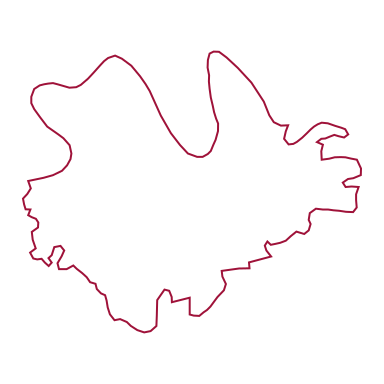 the district of Doutor Maurício Cardoso, Rio Grande do Sul, Brazil
{"feature_id": "56859067B86093452456643", "entity_name": "Doutor Maurício Cardoso", "entity_type": "district", "adm_level": 2, "iso_a3": "BRA", "parent_name": "Brazil", "parent_adm1": "Rio Grande do Sul", "projection": "natural_earth1", "projection_center": [-54.357, -27.488], "detail": "fine", "context": "isolated", "style": "outline", "palette": "rose", "viewbox_px": 384, "rotation_deg": 0, "n_neighbors": 0, "source": "geoboundaries", "source_scale": "gbopen_adm2", "svg_char_len": 2491}
<svg xmlns="http://www.w3.org/2000/svg" viewBox="0 0 384 384"><path d="M288.1,125.3L280.9,125.6L273.8,122.2L269.3,115.3L263.8,101.6L251.4,82.6L237.7,67.8L226.6,57.5L219.0,51.8L213.6,51.6L209.6,53.6L207.9,60.0L207.6,67.6L209.1,75.3L208.9,81.5L209.6,88.7L210.8,97.5L212.7,105.5L214.1,112.2L216.1,118.6L218.1,123.5L218.0,131.1L215.6,139.8L213.4,144.7L210.8,151.0L207.8,154.0L202.6,156.9L197.2,156.9L187.9,153.5L180.0,145.0L170.9,133.2L160.8,115.6L149.7,91.0L145.5,84.0L140.1,76.3L131.3,65.7L121.9,58.7L115.1,55.6L108.1,58.0L104.0,61.2L100.2,65.3L93.3,73.0L88.0,78.7L80.8,84.9L76.2,87.2L69.4,87.7L57.6,84.3L53.0,83.1L48.1,83.6L44.0,84.3L39.7,85.4L34.2,89.0L31.3,96.8L31.3,103.2L34.2,109.1L40.2,117.4L47.2,126.6L58.3,134.4L63.4,138.2L69.6,145.2L71.4,153.5L70.5,159.1L67.1,165.3L62.0,170.8L52.9,175.2L43.6,177.8L28.2,181.0L30.8,188.4L27.3,194.0L23.0,198.6L24.1,204.4L25.6,209.3L30.4,209.5L28.2,215.2L31.8,217.2L35.9,218.8L38.3,222.5L38.0,227.5L31.8,231.9L32.7,239.7L35.7,248.4L30.1,252.6L33.3,258.5L37.2,259.4L41.6,258.8L44.9,262.6L48.7,266.0L51.7,262.6L48.5,258.1L51.7,255.2L54.3,247.1L60.5,245.9L64.2,250.5L61.6,256.3L57.5,263.2L59.0,269.1L66.7,269.1L73.3,265.5L76.7,268.8L82.2,273.1L86.7,277.2L90.1,282.2L95.5,283.8L96.8,289.0L101.0,293.4L105.1,295.2L106.6,300.6L107.7,307.4L109.9,314.3L114.5,320.2L120.1,319.1L126.8,322.0L130.8,325.9L137.3,330.1L144.2,332.4L150.6,331.1L156.4,326.0L156.8,315.8L157.2,300.1L164.5,289.6L169.2,290.8L171.7,297.0L171.9,302.2L189.7,297.7L189.7,314.5L193.7,315.6L199.3,315.9L203.6,312.3L207.0,310.0L210.4,306.6L214.6,300.9L217.5,297.0L223.9,290.3L225.9,284.0L222.4,276.6L221.7,270.9L239.0,268.5L249.5,268.3L249.0,262.4L271.1,256.5L266.4,250.5L264.8,245.6L267.4,241.5L270.8,244.8L275.3,243.9L280.2,242.8L285.8,240.7L290.7,236.2L296.4,231.6L304.2,234.0L308.7,230.4L310.6,224.0L308.7,219.9L309.8,213.1L315.9,208.7L322.6,209.5L327.9,209.5L333.5,210.3L339.4,210.8L346.0,211.8L353.1,212.1L356.7,207.5L356.1,200.2L356.1,194.3L358.6,187.0L351.6,186.5L345.6,187.0L342.8,182.6L348.0,179.0L353.3,178.2L360.8,175.1L361.0,168.5L356.9,159.7L351.1,158.6L345.4,157.3L340.7,157.1L334.7,157.3L329.2,158.7L321.7,159.7L321.3,151.2L322.9,144.7L317.0,142.1L321.3,138.8L325.3,138.5L329.6,136.7L334.3,134.9L338.6,136.2L344.1,137.5L348.2,134.4L345.2,129.2L341.2,127.7L335.3,125.9L327.8,123.3L321.7,122.7L317.7,124.3L314.0,126.6L310.6,129.5L306.7,133.4L302.2,137.7L296.9,141.9L293.3,143.9L288.6,144.4L284.1,138.8L285.8,131.3L288.1,125.3Z" fill="none" stroke="#9f1239" stroke-width="2"/></svg>